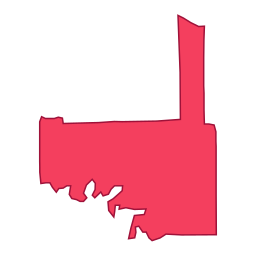 the district of Ubiretama, Rio Grande do Sul, Brazil
{"feature_id": "56859067B41262426681364", "entity_name": "Ubiretama", "entity_type": "district", "adm_level": 2, "iso_a3": "BRA", "parent_name": "Brazil", "parent_adm1": "Rio Grande do Sul", "projection": "natural_earth1", "projection_center": [-54.665, -28.017], "detail": "fine", "context": "isolated", "style": "filled", "palette": "rose", "viewbox_px": 256, "rotation_deg": 0, "n_neighbors": 0, "source": "geoboundaries", "source_scale": "gbopen_adm2", "svg_char_len": 1353}
<svg xmlns="http://www.w3.org/2000/svg" viewBox="0 0 256 256"><path d="M40.9,183.5L45.9,182.8L49.9,182.8L52.5,187.4L56.3,192.2L58.8,188.5L63.2,188.1L66.8,185.8L70.7,185.8L69.9,190.6L69.3,194.4L71.8,198.5L76.5,199.6L80.1,201.4L83.5,201.4L86.8,197.8L83.5,193.2L86.4,185.0L92.2,179.3L95.3,183.3L95.1,189.6L92.3,195.2L94.8,197.8L100.8,192.0L103.1,195.9L108.4,194.2L111.1,189.2L114.5,185.8L122.6,185.8L122.2,190.7L118.9,193.7L113.1,198.8L108.0,201.8L108.7,210.5L113.8,217.0L114.7,211.4L115.3,205.3L119.7,205.2L119.1,209.2L125.9,207.7L134.4,209.4L146.0,209.0L144.3,214.5L134.4,215.5L130.9,228.2L128.6,238.7L134.7,237.8L135.9,232.3L135.4,227.0L138.8,226.2L142.8,232.1L146.2,232.1L149.0,237.9L152.1,240.6L160.1,237.9L166.0,234.1L181.7,234.9L216.3,234.7L216.1,194.8L216.1,186.7L216.1,180.4L216.1,171.1L216.1,163.6L216.1,154.1L216.1,146.3L215.9,141.3L215.9,136.4L215.9,131.8L214.1,125.0L208.8,124.0L204.4,124.0L204.2,117.8L204.0,109.8L204.0,93.2L203.7,86.0L203.7,75.6L203.7,57.7L203.9,40.2L204.4,26.2L198.6,26.5L190.7,22.6L183.3,18.0L178.0,15.4L180.1,72.3L180.4,119.4L156.6,121.1L122.1,121.7L114.4,121.5L110.2,121.8L98.5,122.6L63.2,123.5L62.4,118.1L58.3,117.2L54.3,118.5L50.0,118.5L45.4,118.5L41.6,116.7L39.7,121.8L39.7,126.8L39.7,131.0L39.7,143.1L39.7,150.9L39.7,161.7L39.8,166.7L39.8,172.2L40.9,183.5Z" fill="#f43f5e" stroke="#9f1239" stroke-width="1.5"/></svg>